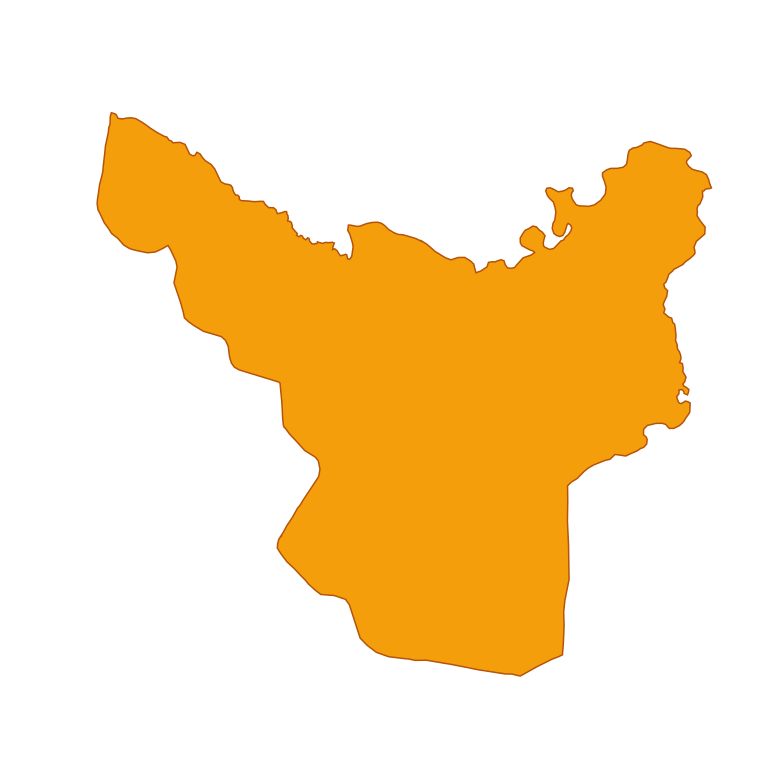 outline of Korogwe Township Authority, Tanga, United Republic of Tanzania, rotated 277°
{"feature_id": "72390352B41893572728253", "entity_name": "Korogwe Township Authority", "entity_type": "district", "adm_level": 2, "iso_a3": "TZA", "parent_name": "United Republic of Tanzania", "parent_adm1": "Tanga", "projection": "mercator", "projection_center": [38.503, -5.145], "detail": "fine", "context": "isolated", "style": "filled", "palette": "amber", "viewbox_px": 768, "rotation_deg": 277, "n_neighbors": 0, "source": "geoboundaries", "source_scale": "gbopen_adm2", "svg_char_len": 6134}
<svg xmlns="http://www.w3.org/2000/svg" viewBox="0 0 768 768"><g transform="rotate(277 384 384)"><path d="M618.5,685.1L623.5,682.4L626.5,681.3L631.1,678.5L633.3,673.9L633.8,669.1L634.7,663.8L637.2,659.9L640.2,657.3L642.5,657.3L648.0,661.2L651.2,659.2L653.7,653.9L653.5,646.1L652.8,638.9L654.2,632.7L656.0,624.9L657.2,618.8L655.0,612.7L652.6,610.9L650.6,607.6L649.9,606.8L648.5,602.2L645.8,598.9L641.4,598.2L635.4,598.2L631.5,597.8L628.3,595.0L626.5,589.3L625.6,582.6L623.7,578.9L620.3,575.2L616.9,575.5L611.8,578.2L606.3,580.5L599.4,580.5L592.6,576.6L587.5,571.1L585.3,565.6L585.0,560.8L584.6,556.4L585.3,552.9L588.5,550.0L591.0,548.1L593.5,547.0L596.5,547.0L598.8,548.3L601.3,547.2L601.3,543.7L598.8,540.8L597.2,537.8L596.0,533.4L598.3,527.6L599.0,524.9L598.1,521.7L595.3,521.0L591.2,523.1L588.5,525.6L585.3,529.9L580.2,532.2L575.6,533.6L567.4,533.6L564.2,532.2L558.9,532.0L554.1,534.3L552.5,537.1L551.8,540.5L553.2,543.3L556.4,544.9L561.2,545.8L564.4,546.3L565.8,547.2L564.6,549.7L561.9,551.3L559.1,550.9L555.0,549.0L552.3,546.5L548.6,544.4L547.5,542.1L544.0,539.6L539.2,535.9L537.8,532.0L539.2,527.6L540.1,525.8L543.1,524.9L546.8,525.1L550.7,525.8L553.9,522.8L555.7,519.4L558.5,516.2L558.9,512.5L555.9,508.8L553.7,505.3L549.3,503.0L545.4,501.4L540.8,502.1L538.1,504.0L536.9,507.2L535.3,511.1L534.6,513.6L534.2,515.7L532.8,517.5L529.8,514.1L526.2,506.7L518.4,501.2L515.4,499.4L514.3,495.9L514.3,492.5L517.0,489.9L520.9,488.1L521.6,485.1L520.2,481.9L518.8,479.4L518.4,476.1L517.5,472.9L512.9,472.0L508.1,466.5L505.6,461.7L514.0,458.4L517.0,454.3L519.5,448.6L518.6,442.1L515.4,435.4L516.8,429.5L522.0,418.2L525.7,412.9L528.2,409.0L530.7,403.6L530.2,403.7L531.9,398.9L532.4,397.1L533.5,390.7L534.4,384.7L534.2,379.6L535.6,374.8L538.1,369.5L541.3,365.4L543.1,362.1L543.8,358.0L542.9,352.5L541.1,347.2L537.6,340.5L537.2,337.5L537.6,331.8L537.4,329.3L532.1,329.3L528.5,331.8L521.4,335.0L516.8,336.6L513.1,336.6L506.7,336.4L503.7,334.8L503.7,332.7L507.6,331.3L508.1,330.2L506.9,327.7L506.0,325.1L508.1,323.1L510.8,321.0L512.2,318.5L511.1,316.6L513.8,316.6L517.9,317.5L518.4,315.5L517.5,311.8L517.5,309.0L516.1,305.8L516.6,302.1L517.0,300.6L515.8,300.6L515.1,300.0L515.1,298.6L514.5,298.2L514.3,295.5L516.6,292.9L519.4,291.8L519.8,290.4L517.6,288.8L518.8,286.1L520.6,285.2L521.4,283.4L519.8,281.6L521.0,279.1L522.8,279.6L524.7,277.3L527.9,273.8L529.6,273.8L533.0,272.4L533.9,271.0L534.1,268.4L536.6,268.8L539.5,268.1L540.8,267.0L543.2,266.3L543.1,264.5L541.5,261.6L540.1,257.5L542.1,256.3L543.8,255.5L545.5,252.8L545.0,248.0L547.8,244.2L550.5,242.1L550.3,239.3L549.1,232.9L549.1,227.0L548.6,220.2L549.4,218.1L552.3,217.4L553.6,215.8L553.5,213.6L556.4,211.3L558.5,210.3L560.3,209.7L562.6,207.8L563.1,204.9L563.2,201.8L564.7,197.6L567.6,195.6L576.8,189.8L580.8,185.7L583.7,179.7L586.6,176.2L588.8,174.4L590.0,173.3L591.2,170.1L591.1,169.9L588.2,168.8L587.2,166.8L588.2,163.6L588.6,163.3L588.7,162.9L593.4,160.0L597.6,157.3L599.0,152.2L597.7,145.0L599.2,143.4L599.8,141.0L602.7,138.3L603.1,135.5L606.0,128.0L609.6,120.6L613.0,114.6L614.9,110.6L617.2,105.1L617.4,100.4L616.6,96.3L615.2,92.0L615.3,87.5L618.4,85.6L619.4,84.0L620.0,80.3L616.0,79.7L608.4,80.4L605.0,79.6L600.1,79.7L586.0,78.5L579.1,78.7L566.5,78.8L560.5,79.0L555.4,78.5L547.2,77.4L538.7,77.3L532.4,77.1L527.9,77.3L522.0,78.9L518.2,81.6L513.0,84.8L509.7,86.9L504.9,91.5L500.2,95.3L496.1,102.1L490.3,108.6L487.6,114.5L486.9,117.4L486.3,122.3L485.4,133.4L487.2,141.0L491.5,147.8L495.2,152.7L491.2,155.8L480.5,162.5L474.7,164.4L458.8,163.2L439.6,172.4L430.8,176.0L425.3,177.9L421.9,182.5L418.5,188.9L414.3,198.4L412.4,209.8L411.2,216.8L407.9,221.4L402.4,224.8L391.7,227.5L386.2,230.0L382.5,233.4L380.4,238.3L378.9,246.5L375.5,265.9L373.1,279.3L372.1,280.8L371.6,280.8L355.0,284.5L345.2,286.3L338.1,287.5L331.0,289.1L328.6,290.3L328.4,291.2L328.2,291.3L322.9,296.3L322.5,296.9L321.0,298.5L316.6,303.9L308.3,313.4L303.1,324.7L299.8,328.1L291.8,330.8L285.8,330.6L283.6,330.2L259.2,318.0L253.4,315.4L250.2,313.3L240.6,309.4L231.9,305.0L223.9,301.8L221.5,300.7L221.1,300.9L220.3,300.6L220.6,300.2L217.0,298.5L212.4,297.9L208.1,298.1L202.8,302.5L200.4,304.8L199.9,305.1L199.5,305.7L195.5,309.6L190.0,317.2L183.5,325.0L179.3,330.3L176.3,333.3L171.1,340.7L167.4,346.9L168.0,360.2L165.6,372.0L160.7,376.5L128.9,391.3L122.4,399.4L116.7,409.2L113.9,421.9L113.9,437.9L114.1,441.6L113.5,448.7L115.0,459.7L114.3,475.5L114.2,476.5L114.0,483.4L113.3,493.6L111.8,513.1L111.0,539.6L111.7,546.4L111.0,551.9L110.8,554.9L121.8,569.9L131.4,584.4L134.8,590.8L136.9,594.1L148.8,593.6L166.0,592.2L179.9,590.1L191.1,589.9L212.7,591.5L226.9,589.5L247.2,586.7L270.1,582.8L289.6,580.7L305.4,578.6L309.5,581.9L313.9,587.4L321.4,593.1L325.1,596.6L329.0,601.6L332.8,608.4L335.4,613.4L336.7,617.3L342.2,621.9L342.2,625.8L342.0,632.7L344.8,637.1L348.4,643.3L351.2,646.5L352.8,649.5L356.4,652.0L361.0,652.0L363.3,650.7L365.4,647.7L370.6,647.2L375.0,650.4L376.6,655.0L378.0,658.5L378.9,664.7L378.2,668.6L374.7,672.5L375.2,676.9L378.6,682.2L381.4,684.7L383.7,686.3L387.1,687.7L390.8,689.8L393.3,690.9L395.8,690.7L402.5,690.2L403.4,687.9L403.8,685.2L400.9,681.7L400.9,679.9L401.8,678.5L406.8,676.0L409.3,677.3L410.0,677.8L411.8,677.8L414.1,677.6L414.8,680.3L413.2,682.4L411.2,683.1L410.2,686.5L413.0,687.2L415.7,687.2L417.6,684.2L418.5,681.9L420.3,680.6L422.8,682.2L427.6,682.9L432.9,679.0L436.1,679.0L440.7,677.6L441.2,674.8L445.3,675.7L448.5,675.0L452.1,673.2L454.4,671.1L459.2,670.0L462.5,668.1L467.7,667.9L474.8,666.3L478.7,665.2L480.3,663.1L484.4,661.5L485.1,658.5L486.3,656.6L487.2,655.5L488.6,653.0L492.7,653.7L494.7,652.5L497.3,651.4L501.8,652.7L505.3,653.9L511.2,654.1L513.7,650.9L517.2,649.5L517.6,649.8L519.5,651.4L524.1,652.7L527.5,653.2L531.6,656.9L533.2,657.6L534.3,659.6L534.5,659.7L539.0,666.0L541.9,668.1L543.5,669.8L545.8,672.3L549.5,675.5L551.5,676.7L554.2,676.3L557.2,675.1L558.6,675.4L559.0,675.3L561.1,676.0L563.6,676.6L568.6,681.1L572.0,684.1L579.0,683.6L579.8,682.6L580.0,682.5L584.4,678.1L589.3,674.1L593.1,674.1L595.2,673.4L599.0,673.7L601.4,675.7L608.6,677.6L614.1,676.6L614.9,678.3L616.5,679.2L617.4,681.7L617.6,683.3L618.5,685.1Z" fill="#f59e0b" stroke="#b45309" stroke-width="1.5"/></g></svg>